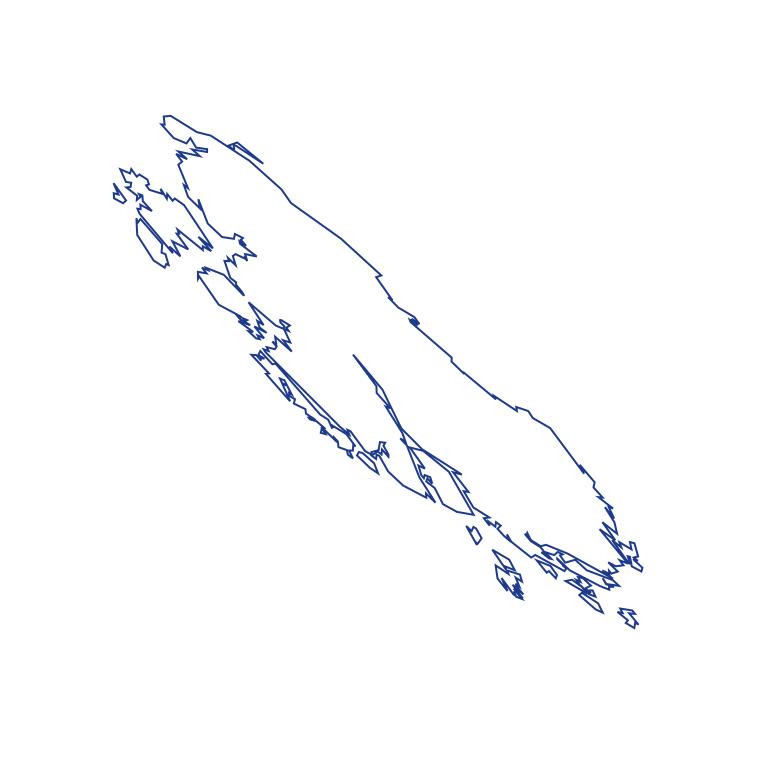 Hitra nor, Sør-Trøndelag, Norway (Equal Earth projection), rotated 232°
{"feature_id": "86288312B1227555163680", "entity_name": "Hitra nor", "entity_type": "district", "adm_level": 2, "iso_a3": "NOR", "parent_name": "Norway", "parent_adm1": "Sør-Trøndelag", "projection": "equal_earth", "projection_center": [8.707, 63.554], "detail": "fine", "context": "isolated", "style": "outline", "palette": "blue", "viewbox_px": 768, "rotation_deg": 232, "n_neighbors": 0, "source": "geoboundaries", "source_scale": "gbopen_adm2", "svg_char_len": 6126}
<svg xmlns="http://www.w3.org/2000/svg" viewBox="0 0 768 768"><g transform="rotate(232 384 384)"><path d="M548.2,302.6L525.9,312.4L523.7,312.6L527.2,310.4L522.6,310.6L520.4,312.4L522.6,313.3L518.6,315.5L519.4,312.4L512.7,314.8L523.3,307.9L505.5,313.0L509.1,309.7L498.7,311.3L495.9,313.7L500.1,314.3L493.8,317.7L509.2,317.3L496.6,323.0L505.1,320.8L511.6,323.0L504.6,325.4L531.8,327.6L496.7,334.7L489.3,338.8L490.7,341.0L496.4,340.3L498.3,341.5L497.9,342.2L488.1,345.9L488.5,341.8L484.6,341.5L489.0,339.1L474.4,335.7L480.5,331.5L466.3,331.3L488.2,327.3L481.8,323.6L486.2,322.1L479.7,322.5L478.6,319.4L485.2,314.3L481.0,313.4L485.4,310.6L482.6,310.2L377.7,322.9L365.6,325.5L370.3,327.0L367.3,328.5L342.7,327.8L335.7,330.8L338.1,332.2L335.2,339.0L340.7,345.0L337.0,348.8L335.7,345.6L325.5,344.0L324.0,342.7L333.6,342.1L330.0,338.7L334.7,337.4L335.3,330.1L329.8,331.6L332.9,334.6L330.2,336.1L312.5,333.4L292.1,336.6L268.4,347.3L271.9,349.7L258.8,351.5L288.7,354.4L321.6,364.2L331.1,363.3L325.3,365.4L334.1,368.3L365.1,371.5L361.0,374.1L381.4,372.7L387.0,376.7L426.3,377.7L380.5,379.3L338.4,370.3L309.2,373.8L264.7,389.6L271.9,384.1L246.9,384.1L250.4,380.8L231.7,378.4L214.0,384.8L216.7,380.1L207.3,380.0L211.3,381.7L203.0,383.9L206.2,387.2L200.5,388.8L200.0,384.3L190.8,385.0L184.5,386.2L189.8,388.3L181.2,387.2L156.5,393.2L156.2,397.9L125.5,411.0L126.3,414.1L130.5,413.2L131.0,413.6L139.3,412.6L139.8,413.0L122.7,415.7L91.6,429.9L83.2,434.9L85.7,436.5L82.5,440.4L89.6,435.7L96.4,436.8L89.5,436.1L80.3,444.9L88.5,443.6L112.4,429.1L127.8,426.4L131.7,416.7L140.6,417.2L139.8,419.9L144.7,417.5L144.4,412.8L152.5,407.4L143.1,408.2L145.1,406.7L154.5,404.4L150.6,406.9L158.8,406.9L169.7,403.0L179.3,402.6L174.4,403.6L177.9,404.5L178.4,405.2L170.7,403.6L159.7,407.6L157.5,412.7L137.3,424.3L89.6,444.6L102.6,441.3L95.8,444.7L98.2,446.3L94.6,446.4L92.3,452.7L105.4,450.9L97.7,454.4L93.7,461.1L100.0,461.2L92.3,465.7L136.8,464.5L118.5,470.1L140.7,471.0L122.5,475.5L133.1,480.4L150.9,482.3L136.3,482.5L148.5,485.3L144.9,487.8L162.8,483.3L159.9,486.4L173.5,485.4L176.9,489.5L199.8,488.5L190.1,486.5L246.9,487.8L265.6,480.3L273.9,481.0L284.4,474.1L280.9,472.1L306.6,463.5L302.9,462.8L344.9,453.7L342.5,453.4L360.1,451.0L363.1,453.6L416.4,443.1L418.7,443.8L409.5,446.6L418.5,445.9L409.4,448.8L418.1,449.1L435.2,442.4L450.0,440.7L444.7,442.2L473.0,443.6L471.2,448.7L524.9,439.6L583.9,422.1L600.4,423.0L642.8,415.4L686.4,400.4L697.7,391.6L726.6,381.0L730.4,375.1L723.4,370.8L725.6,368.4L707.3,369.7L695.2,376.4L697.0,382.8L685.9,381.5L678.0,389.2L675.8,387.4L686.8,377.3L677.0,379.1L693.8,365.1L682.3,367.3L693.3,361.9L683.6,361.9L683.4,356.9L659.1,350.1L664.0,348.8L652.0,344.8L635.5,347.1L643.9,351.4L618.9,343.9L599.5,346.9L590.8,355.1L594.0,358.9L585.9,362.7L585.8,360.0L577.8,360.4L585.4,358.0L583.2,356.9L562.8,362.2L571.9,354.5L565.1,351.9L570.7,352.3L568.3,351.7L577.7,347.0L577.9,343.7L569.0,340.2L579.5,338.7L576.3,337.4L579.2,334.1L562.4,328.2L555.3,330.0L553.2,328.5L543.5,328.8L543.1,328.4L540.9,328.5L539.7,328.0L568.7,325.0L584.8,315.5L582.1,315.4L587.8,312.2L580.4,312.3L586.9,306.4L581.4,302.2L582.4,304.6L548.2,302.6ZM668.8,296.2L617.0,298.1L624.4,299.6L609.9,302.1L626.7,305.1L610.6,312.6L630.2,313.2L628.6,315.1L632.8,316.4L601.1,323.7L604.0,326.0L595.1,329.7L614.2,328.3L596.3,332.7L648.0,336.6L659.0,333.3L658.5,330.3L667.2,330.1L663.8,327.0L675.3,328.1L670.3,326.4L681.4,318.7L687.0,318.9L686.0,321.7L690.7,323.4L699.7,320.2L699.6,316.8L708.9,317.2L706.3,313.5L715.6,308.4L702.1,305.1L698.2,308.7L695.3,305.5L697.5,302.0L684.3,305.4L681.2,302.5L681.4,307.4L684.4,307.9L681.4,309.7L676.5,306.5L663.1,307.6L675.3,302.4L671.6,299.9L673.9,297.6L668.8,296.2ZM464.7,297.2L428.2,299.4L446.3,303.9L443.3,306.1L447.5,304.2L452.3,305.4L448.3,307.8L432.5,304.8L435.5,303.7L432.9,302.1L426.9,304.5L424.1,300.9L412.6,306.6L408.7,304.3L401.2,306.8L403.8,303.9L401.7,303.9L397.8,306.7L400.7,306.5L400.9,306.9L384.7,310.2L387.7,308.2L384.4,304.1L380.4,307.2L386.1,307.7L383.9,308.9L367.0,311.3L372.0,310.8L373.0,311.7L367.3,312.3L362.2,309.3L354.9,314.0L350.5,312.1L344.5,313.7L353.1,315.5L350.7,318.5L355.1,322.4L352.3,323.1L367.7,323.5L383.1,317.7L381.2,317.2L381.5,316.0L390.3,318.1L399.1,314.9L466.9,311.1L468.2,308.2L486.1,306.8L484.2,302.8L477.6,305.5L480.5,302.3L478.2,301.5L485.4,301.2L488.6,297.5L463.1,299.9L464.7,297.2ZM253.0,356.5L238.4,362.7L225.7,374.1L274.9,381.1L307.2,373.7L318.1,365.3L292.2,364.1L298.5,361.0L289.4,357.3L285.2,357.4L287.2,360.0L282.1,363.0L275.8,360.7L282.9,360.0L281.2,357.3L270.8,359.9L253.0,356.5ZM623.1,278.5L610.7,282.8L612.6,286.2L610.3,287.5L620.8,291.7L624.5,289.6L630.8,295.4L663.9,293.7L662.7,289.0L667.1,291.0L653.4,281.3L623.1,278.5ZM160.8,353.7L144.8,353.9L158.7,357.2L138.5,356.5L136.3,357.2L140.7,358.9L134.9,357.2L129.7,360.4L143.0,360.2L129.5,361.4L146.6,361.8L132.4,364.3L141.8,363.8L145.6,364.8L140.9,365.9L150.3,368.6L143.4,371.1L150.2,373.8L161.3,366.1L157.8,365.1L172.3,360.3L160.8,353.7ZM120.6,467.7L92.0,466.5L90.3,468.1L91.7,467.7L98.3,470.0L96.4,471.4L87.7,467.0L77.8,471.4L80.1,474.5L92.6,472.5L88.4,475.1L93.5,474.0L91.7,478.1L104.3,483.3L108.0,480.5L101.3,477.2L114.4,472.1L109.1,470.4L120.6,467.7ZM116.9,405.8L93.4,415.2L104.6,414.9L92.3,416.0L86.3,419.7L93.0,421.3L94.7,419.0L92.0,418.1L99.0,416.9L97.7,423.0L108.6,421.1L112.4,418.0L107.1,417.0L111.2,414.9L103.9,414.5L113.9,411.8L116.9,405.8ZM186.7,367.3L162.3,365.9L166.0,366.9L156.8,372.4L168.5,374.5L186.7,367.3ZM46.8,427.4L37.6,431.0L41.3,435.1L37.6,436.4L52.4,436.0L48.3,440.3L52.7,440.2L61.6,431.9L56.6,431.0L60.6,427.7L47.7,430.7L46.8,427.4ZM97.5,407.9L76.0,412.0L69.2,415.6L79.4,417.7L97.6,411.4L97.5,407.9ZM667.6,408.2L660.3,409.8L664.9,412.7L662.6,414.1L631.9,424.5L664.7,417.0L667.6,408.2ZM221.5,361.4L199.7,358.1L202.6,358.9L200.5,359.6L202.3,365.9L213.4,367.6L216.3,366.5L214.2,362.5L221.5,361.4ZM150.8,395.8L135.1,396.1L135.1,398.8L125.1,399.8L127.0,402.7L138.2,403.1L150.8,395.8ZM344.3,318.7L326.5,321.3L317.3,324.3L327.6,327.4L342.6,324.7L345.9,322.3L344.3,318.7ZM696.5,285.6L687.1,289.7L687.4,293.7L708.8,294.5L696.8,291.4L700.7,288.5L696.5,285.6Z" fill="none" stroke="#1e3a8a" stroke-width="2"/></g></svg>